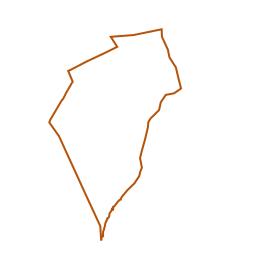 the district of Atar, Adrar, Mauritania, rotated 334°
{"feature_id": "47542326B12791497255333", "entity_name": "Atar", "entity_type": "district", "adm_level": 2, "iso_a3": "MRT", "parent_name": "Mauritania", "parent_adm1": "Adrar", "projection": "albers", "projection_center": [-13.574, 20.45], "detail": "fine", "context": "isolated", "style": "outline", "palette": "amber", "viewbox_px": 256, "rotation_deg": 334, "n_neighbors": 0, "source": "geoboundaries", "source_scale": "gbopen_adm2", "svg_char_len": 1068}
<svg xmlns="http://www.w3.org/2000/svg" viewBox="0 0 256 256"><g transform="rotate(334 128 128)"><path d="M54.5,217.5L56.6,214.6L57.7,213.8L58.2,214.2L58.8,212.9L60.3,210.1L61.1,209.5L64.3,205.9L66.3,203.2L68.4,201.8L68.9,201.0L69.9,200.1L70.3,200.4L71.8,199.6L72.8,198.6L73.9,196.7L75.9,195.6L76.4,195.4L76.9,194.9L77.4,194.5L77.8,194.0L78.1,194.4L78.3,194.0L78.7,193.6L78.8,194.1L79.0,194.5L79.5,193.9L80.2,192.3L80.9,192.5L81.8,192.2L86.5,189.8L89.0,188.9L90.2,189.2L90.5,188.6L91.7,187.5L99.3,184.0L100.5,183.5L109.4,180.6L116.9,176.2L120.0,172.5L123.1,169.8L125.6,160.4L128.9,156.4L129.7,155.4L138.4,145.6L142.5,140.6L146.2,136.1L148.8,131.7L152.2,129.4L163.8,125.5L168.7,119.3L176.4,114.8L184.5,117.0L189.6,116.3L193.0,115.7L194.5,108.4L197.6,94.4L196.2,82.8L198.2,75.0L198.3,69.1L198.5,60.9L201.5,54.0L173.8,46.9L152.5,38.5L153.9,50.3L140.3,50.4L120.0,50.1L100.8,50.6L99.3,50.4L98.8,58.2L98.7,60.5L98.6,62.1L88.1,69.1L82.6,73.3L80.3,74.3L61.8,86.5L59.7,88.5L62.4,105.1L60.8,169.4L60.1,204.0L54.5,217.5Z" fill="none" stroke="#b45309" stroke-width="2"/></g></svg>